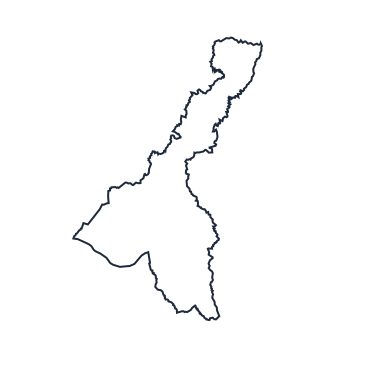 outline of Kosamphi Nakhon, Kamphaeng Phet, Thailand, rotated 154°
{"feature_id": "78962969B49200867447191", "entity_name": "Kosamphi Nakhon", "entity_type": "district", "adm_level": 2, "iso_a3": "THA", "parent_name": "Thailand", "parent_adm1": "Kamphaeng Phet", "projection": "robinson", "projection_center": [99.226, 16.58], "detail": "fine", "context": "isolated", "style": "outline", "palette": "slate", "viewbox_px": 384, "rotation_deg": 154, "n_neighbors": 0, "source": "geoboundaries", "source_scale": "gbopen_adm2", "svg_char_len": 6069}
<svg xmlns="http://www.w3.org/2000/svg" viewBox="0 0 384 384"><g transform="rotate(154 192 192)"><path d="M182.6,254.9L181.2,253.7L179.5,250.4L179.0,250.5L178.5,249.8L178.5,247.7L178.1,246.5L178.4,246.0L182.5,246.5L183.9,248.1L183.7,250.5L184.7,251.5L186.0,251.8L187.0,250.7L187.1,249.5L188.5,248.7L188.3,247.0L188.8,246.1L190.0,245.7L190.7,244.9L192.5,245.0L194.3,243.4L196.4,242.7L197.9,240.5L198.0,241.2L199.0,241.3L200.0,239.9L202.1,239.7L203.6,239.9L205.2,241.2L205.9,240.8L205.6,242.8L207.2,243.1L207.6,244.1L208.3,243.6L208.4,245.1L209.5,245.8L211.1,244.3L212.1,244.1L212.3,242.9L214.3,242.5L214.7,241.0L216.5,241.1L216.7,239.8L217.2,239.5L216.6,238.5L217.0,237.2L216.4,236.0L216.6,235.1L220.4,231.6L222.6,227.9L224.2,227.1L226.0,227.2L226.6,227.9L226.4,228.8L227.0,228.8L229.7,225.6L233.1,225.1L234.4,222.6L235.9,223.1L238.3,225.0L241.9,224.0L242.6,224.7L243.4,226.8L245.6,227.7L246.3,228.8L247.8,229.7L256.2,227.8L256.7,228.7L257.8,228.7L258.7,230.0L261.5,231.2L262.3,231.5L263.1,230.8L264.2,231.1L265.0,229.3L266.8,229.6L269.6,224.2L271.8,218.5L273.6,219.2L276.7,219.2L278.2,220.1L282.7,216.8L299.8,208.5L303.2,211.6L307.2,207.6L307.6,207.9L308.9,207.0L309.9,207.1L313.6,205.2L314.7,205.3L315.8,204.1L317.3,203.9L319.0,202.2L315.3,199.7L307.7,190.4L306.1,187.3L305.7,183.3L304.9,181.3L301.4,176.9L297.7,170.3L296.6,163.9L294.9,161.3L289.6,156.3L280.3,152.8L275.2,152.6L265.2,157.0L261.1,157.5L257.7,157.1L260.8,146.7L261.8,146.5L263.1,140.3L262.8,139.1L262.0,138.8L262.7,137.2L261.9,136.0L262.8,135.7L261.4,133.5L261.3,132.4L262.2,130.7L261.7,129.3L262.6,128.7L263.6,125.9L265.0,125.1L266.6,122.8L265.6,119.3L263.2,117.5L262.2,115.6L262.7,112.2L261.9,110.9L262.5,110.4L262.2,109.3L263.0,108.6L262.8,106.9L261.8,106.6L260.9,105.7L260.7,104.7L261.1,104.0L259.0,102.1L257.9,99.2L258.6,98.6L257.7,97.3L258.2,94.7L257.5,94.1L257.3,92.8L258.4,90.1L253.3,89.2L251.9,88.5L251.4,87.4L250.2,87.2L249.0,86.2L244.8,86.5L242.6,87.8L239.0,88.6L238.7,87.6L239.2,86.7L238.8,85.9L239.2,85.3L239.0,84.5L238.4,84.4L238.7,83.8L238.3,83.6L238.4,82.3L237.9,81.3L238.2,80.1L237.8,80.2L237.6,79.5L237.9,78.6L237.3,78.3L237.2,76.7L235.8,75.0L236.0,73.5L235.0,72.0L235.1,71.3L234.0,70.8L233.6,69.9L232.2,69.3L231.1,70.6L228.5,70.0L227.7,67.9L226.3,67.0L221.9,68.5L221.4,74.8L220.3,77.3L220.9,80.9L219.8,83.5L220.2,87.6L219.7,88.9L218.0,90.7L217.8,93.5L216.6,94.1L217.4,95.3L216.5,96.3L216.9,97.4L216.1,98.3L216.3,100.6L214.6,102.5L213.4,102.6L211.8,103.8L211.3,106.4L208.9,109.8L208.8,111.9L209.9,113.9L210.3,116.4L208.5,117.8L208.5,120.3L205.8,122.8L202.4,123.5L202.1,124.3L204.5,128.4L203.0,130.2L202.7,134.0L202.1,134.1L198.9,132.3L198.7,133.2L197.8,134.0L196.8,133.9L196.4,135.1L195.1,135.2L194.0,136.3L193.0,135.8L192.4,136.4L191.8,136.2L190.8,137.1L188.9,137.3L188.3,138.2L189.3,141.4L188.2,142.0L187.8,142.8L188.5,144.5L188.0,146.3L188.7,146.5L189.0,147.3L188.5,147.7L188.8,148.6L187.8,149.2L188.6,150.1L187.7,150.8L187.9,151.6L186.6,151.1L185.0,151.7L186.6,155.3L186.1,157.5L185.4,158.1L186.5,161.3L185.5,163.5L186.9,164.4L186.3,166.9L188.1,167.1L187.8,169.2L188.2,171.0L189.1,171.3L190.8,173.2L190.7,174.1L191.3,174.2L191.8,175.7L193.1,177.0L192.2,177.9L190.8,181.2L192.3,182.5L190.9,183.2L190.1,185.5L192.6,188.6L192.4,189.4L193.3,190.4L192.7,192.7L193.6,193.5L192.8,196.0L193.9,199.5L192.0,204.5L189.4,205.7L188.9,207.2L187.2,209.1L189.0,210.8L189.1,212.0L187.7,214.2L186.4,214.4L185.7,218.6L183.9,219.6L184.7,222.3L182.5,223.5L181.5,222.7L179.5,222.5L179.1,221.8L178.0,222.6L175.4,222.7L173.9,224.0L172.6,226.3L172.0,225.6L170.4,225.5L168.5,224.5L163.9,223.4L161.6,224.1L160.8,223.3L159.6,220.0L156.4,218.7L155.2,221.8L155.5,222.8L156.8,223.8L156.7,224.3L150.5,223.2L149.4,224.2L150.5,226.1L150.0,227.1L149.3,227.6L147.8,227.5L145.0,230.2L143.3,235.0L143.1,237.5L145.6,236.6L146.7,237.2L145.4,238.3L144.5,240.2L142.1,242.5L140.8,242.9L140.8,240.9L139.9,240.0L138.2,242.3L137.5,242.3L137.0,241.4L136.4,241.6L135.5,245.0L133.5,242.4L131.6,244.8L129.3,245.3L128.2,244.1L127.3,244.1L126.6,245.3L126.1,248.9L124.6,248.2L124.2,248.9L124.1,251.1L121.2,251.6L121.0,251.9L121.9,253.2L119.1,254.0L120.5,255.7L119.7,256.6L118.7,256.3L119.0,258.3L117.6,258.3L118.0,260.5L117.0,261.4L115.2,259.6L115.3,259.1L116.5,258.9L116.1,258.3L113.5,258.9L112.1,257.8L111.2,258.5L111.2,259.1L110.8,259.2L109.6,258.5L108.7,256.9L107.9,259.9L105.3,258.7L104.5,259.1L104.2,259.9L104.7,261.3L103.8,262.2L102.0,260.3L100.4,260.9L100.0,262.1L97.4,262.5L95.4,264.4L93.8,264.3L92.8,265.2L89.9,266.0L87.6,269.2L86.4,269.4L84.1,271.6L84.2,273.1L82.8,276.0L79.0,279.1L78.5,280.8L76.8,281.5L75.5,283.1L73.3,282.8L70.5,285.1L69.7,287.1L67.7,288.6L66.2,291.7L65.1,292.6L65.0,295.7L65.7,294.9L66.8,294.9L67.9,295.4L68.7,296.9L72.3,297.1L73.8,300.1L76.6,300.7L77.9,303.9L78.8,304.2L81.0,303.9L81.6,307.0L83.3,305.9L84.7,305.9L85.2,308.8L86.9,310.3L87.7,312.3L89.2,313.7L91.2,313.7L93.8,315.3L99.9,314.7L100.8,315.2L101.3,316.7L105.3,317.0L106.2,316.5L106.2,315.7L107.5,314.4L109.5,313.6L109.6,312.2L110.3,312.0L110.3,310.0L112.2,307.9L111.6,307.0L111.9,305.3L113.0,305.3L114.3,303.7L116.4,302.6L116.8,300.9L118.5,301.0L118.1,298.8L119.8,296.6L118.7,295.4L119.7,292.4L118.4,293.5L117.5,293.2L118.7,290.5L117.1,291.4L116.0,290.6L116.6,290.0L115.3,290.2L114.8,289.2L113.9,290.1L113.4,289.7L113.3,289.0L114.4,288.7L114.7,287.9L113.6,287.0L112.8,287.4L112.4,286.6L112.9,285.6L111.9,283.4L112.6,281.5L113.4,281.7L113.7,281.2L114.3,282.0L116.3,281.0L117.5,281.9L119.2,282.2L120.6,281.4L123.0,281.3L125.6,279.1L128.3,278.9L129.5,279.4L129.1,277.2L131.1,275.8L133.8,276.2L136.5,274.6L138.7,276.4L138.5,277.3L139.9,278.7L139.9,279.8L140.7,281.1L142.6,280.7L143.1,278.1L144.6,277.8L145.6,278.2L146.0,279.3L146.8,279.6L146.8,280.3L149.1,281.9L149.2,278.8L152.8,277.4L153.1,276.2L154.6,275.7L154.4,274.0L156.4,273.5L157.6,272.1L158.9,272.4L159.2,271.1L159.9,271.2L161.2,269.5L162.2,269.4L161.5,267.3L162.9,264.2L163.7,264.0L165.0,261.8L168.1,265.1L170.3,261.9L171.0,259.5L172.4,257.9L173.7,258.8L174.7,257.4L176.0,258.6L176.7,257.7L178.2,257.7L179.7,256.1L182.6,254.9Z" fill="none" stroke="#1e293b" stroke-width="2"/></g></svg>